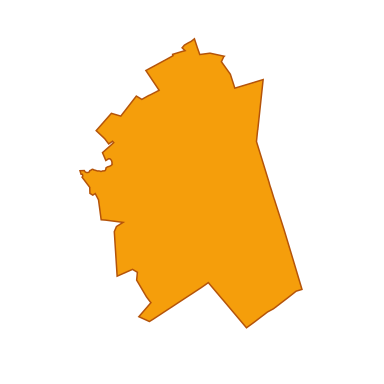 the district of Nogales, Sonora, Mexico, rotated 73°
{"feature_id": "50627088B60868873287779", "entity_name": "Nogales", "entity_type": "district", "adm_level": 2, "iso_a3": "MEX", "parent_name": "Mexico", "parent_adm1": "Sonora", "projection": "equal_earth", "projection_center": [-111.044, 31.194], "detail": "fine", "context": "isolated", "style": "filled", "palette": "amber", "viewbox_px": 384, "rotation_deg": 73, "n_neighbors": 0, "source": "geoboundaries", "source_scale": "gbopen_adm2", "svg_char_len": 3138}
<svg xmlns="http://www.w3.org/2000/svg" viewBox="0 0 384 384"><g transform="rotate(73 192 192)"><path d="M317.3,115.3L282.4,115.1L256.6,115.0L255.8,115.0L255.2,115.0L247.5,115.1L226.0,115.4L224.9,115.4L223.8,115.4L223.3,115.4L222.7,115.5L222.3,115.5L221.7,115.5L221.3,115.5L220.9,115.5L220.7,115.5L220.4,115.5L220.1,115.5L219.7,115.5L219.3,115.5L219.1,115.5L218.8,115.5L218.6,115.5L218.4,115.5L218.1,115.5L217.8,115.5L217.6,115.5L217.4,115.5L217.2,115.5L216.8,115.5L216.5,115.5L216.0,115.5L215.3,115.5L215.2,115.5L214.7,115.5L214.2,115.5L213.7,115.5L213.2,115.5L212.8,115.5L212.3,115.5L212.0,115.5L211.9,115.6L211.3,115.6L211.2,115.6L210.7,115.5L210.2,115.6L209.6,115.6L208.9,115.6L208.3,115.6L208.0,115.6L207.9,115.6L207.7,115.6L207.1,115.6L206.0,115.5L162.6,115.6L151.9,111.1L151.7,110.9L105.3,91.1L105.2,120.7L90.6,120.9L77.5,125.3L76.0,125.8L71.9,122.1L71.6,121.5L64.5,134.2L62.8,144.4L59.6,144.5L55.9,144.7L46.2,144.9L47.7,148.7L48.3,152.1L49.3,156.3L51.2,159.3L54.8,157.3L54.7,161.1L54.7,170.3L56.1,170.3L56.7,172.9L59.1,184.6L62.3,200.6L85.1,193.7L86.9,203.5L87.1,205.3L88.2,210.4L88.4,211.3L88.8,212.9L88.5,213.1L84.0,217.2L98.6,237.9L93.2,246.1L105.3,265.7L115.5,259.9L121.7,257.6L120.2,253.2L121.9,252.4L124.6,258.2L125.9,261.1L128.2,266.1L136.7,265.2L135.8,261.9L135.9,261.6L136.0,261.5L136.1,261.2L136.3,261.0L136.3,260.8L136.5,260.6L137.0,260.3L137.5,260.1L138.1,259.9L138.5,259.8L138.9,259.8L139.2,259.8L139.6,259.8L140.2,259.9L140.4,259.9L140.6,259.9L140.9,259.9L141.1,260.0L141.4,260.2L141.5,260.3L141.9,260.4L142.1,260.4L142.3,260.3L142.5,260.6L142.7,261.0L142.9,261.5L143.0,261.9L143.1,262.1L143.1,262.4L143.2,262.7L143.3,263.2L143.3,263.7L143.3,264.4L143.3,265.3L143.3,265.8L143.6,266.4L143.7,266.7L143.8,267.2L144.3,267.4L144.7,267.6L144.9,267.8L145.2,267.9L145.4,268.1L145.6,268.3L145.9,268.5L146.0,268.7L146.1,268.9L146.1,269.3L146.1,269.6L146.1,269.9L146.0,270.2L145.9,270.5L145.9,270.8L145.7,271.3L145.7,271.5L145.7,271.8L145.8,272.1L145.8,272.5L145.8,272.8L145.7,273.2L145.6,273.4L145.3,273.7L145.0,274.0L144.9,274.3L144.8,274.6L144.7,274.9L144.5,275.3L144.4,275.5L144.4,275.8L144.3,276.2L144.1,276.5L143.9,276.7L143.4,277.5L143.1,278.0L142.7,278.4L142.4,279.2L142.0,279.5L141.7,279.8L141.5,280.0L141.3,280.2L141.2,280.4L141.2,280.7L141.2,281.2L141.4,281.7L141.6,282.5L141.7,283.1L141.7,283.3L141.7,283.5L141.9,283.7L142.2,283.9L142.4,284.1L142.6,284.3L142.9,284.8L142.9,285.4L142.9,286.0L142.7,286.8L142.2,287.6L141.8,288.1L141.0,288.5L140.0,288.7L138.9,292.9L142.6,292.9L143.0,291.6L144.8,291.8L145.7,292.8L157.7,288.4L157.8,288.5L163.5,290.0L166.0,287.8L165.2,285.0L172.1,283.7L179.4,284.9L192.0,287.0L193.6,282.9L200.9,266.8L202.9,274.3L207.2,277.9L250.6,288.2L248.6,271.5L252.8,267.7L260.1,270.7L278.9,266.2L284.2,264.3L285.1,263.9L285.8,263.6L295.7,279.3L303.4,270.6L302.3,266.4L301.5,263.7L301.2,262.7L293.3,235.7L292.7,233.6L290.9,227.5L286.1,211.0L284.1,204.9L283.4,202.9L299.5,196.0L302.8,194.6L304.1,194.0L305.0,193.6L317.9,188.1L337.8,179.6L334.5,170.1L332.4,164.5L328.8,154.8L327.5,148.3L321.4,131.9L317.3,121.4L317.3,118.7L317.3,115.3Z" fill="#f59e0b" stroke="#b45309" stroke-width="1.5"/></g></svg>